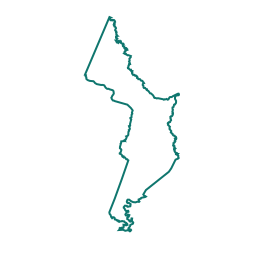 outline of Matupá, Mato Grosso, Brazil, rotated 288°
{"feature_id": "56859067B29352512721224", "entity_name": "Matupá", "entity_type": "district", "adm_level": 2, "iso_a3": "BRA", "parent_name": "Brazil", "parent_adm1": "Mato Grosso", "projection": "natural_earth1", "projection_center": [-54.414, -9.981], "detail": "fine", "context": "isolated", "style": "outline", "palette": "teal", "viewbox_px": 256, "rotation_deg": 288, "n_neighbors": 0, "source": "geoboundaries", "source_scale": "gbopen_adm2", "svg_char_len": 5884}
<svg xmlns="http://www.w3.org/2000/svg" viewBox="0 0 256 256"><g transform="rotate(288 128 128)"><path d="M165.2,70.6L165.2,71.7L163.9,71.8L163.4,72.7L162.1,73.1L161.6,73.5L161.1,75.1L161.0,77.0L161.8,80.7L161.5,81.4L160.6,82.7L160.1,84.7L160.6,89.1L161.2,90.8L161.2,92.3L159.5,94.2L158.9,95.7L158.8,96.1L159.3,97.5L159.1,98.4L159.2,101.8L158.6,102.8L156.5,103.8L155.3,103.7L153.9,103.1L152.9,103.1L151.7,102.8L150.5,103.7L149.5,105.2L149.7,106.2L149.5,107.2L150.0,120.2L147.9,124.6L146.2,127.0L143.8,127.0L142.9,127.7L141.9,127.3L139.2,128.0L138.2,127.1L137.6,127.5L137.2,128.4L132.4,128.7L131.1,129.3L130.5,129.2L130.4,128.6L130.1,128.3L128.1,129.9L127.6,130.0L127.1,130.0L126.3,129.4L125.6,129.9L124.5,129.6L121.5,130.4L120.4,130.0L119.5,128.9L119.1,129.5L118.6,129.6L116.3,129.4L116.0,128.9L115.6,128.7L115.0,129.1L115.1,128.4L114.8,128.0L114.3,128.3L113.2,125.7L111.4,126.1L110.7,125.8L110.3,126.1L107.5,126.2L106.2,126.6L105.9,127.6L105.1,128.5L102.5,128.5L101.4,127.9L101.0,128.1L100.9,129.6L99.8,131.4L99.3,131.3L98.9,131.8L99.0,132.4L99.4,132.7L98.7,133.2L99.1,133.8L99.0,134.3L97.8,135.9L98.0,137.0L97.6,137.3L97.3,138.3L77.8,137.9L56.6,137.2L42.2,136.3L41.6,136.5L40.5,137.2L40.0,138.2L38.1,139.6L37.3,140.8L37.7,141.1L38.3,140.7L38.7,142.1L38.3,143.1L37.0,143.7L37.1,145.4L36.7,145.8L37.0,146.3L37.0,148.0L36.6,148.3L36.1,148.0L36.0,148.6L36.7,149.1L36.9,150.1L37.7,151.1L37.7,151.9L38.0,153.3L37.4,153.9L37.2,155.7L36.9,156.1L36.3,156.1L36.4,157.0L35.7,157.4L35.4,156.7L34.9,156.4L34.8,155.8L35.2,155.3L34.6,154.8L34.8,154.4L34.6,153.6L32.7,154.4L31.9,154.5L31.4,154.0L31.4,153.2L30.9,153.1L30.9,152.6L30.4,151.7L30.5,151.2L30.2,151.0L28.9,151.3L28.2,151.0L29.7,154.8L29.4,157.1L30.8,159.6L30.7,160.6L30.3,161.7L30.6,162.1L31.9,162.5L32.3,162.0L32.1,160.0L32.3,159.5L32.8,159.4L35.0,160.3L36.4,160.1L38.6,162.3L39.7,162.2L40.7,160.7L41.5,160.2L43.2,159.9L43.1,159.3L41.2,159.4L39.9,159.7L39.7,159.3L39.7,158.4L40.9,157.0L41.2,155.4L42.5,155.0L43.9,156.1L45.6,156.2L45.7,154.7L44.6,154.4L44.2,153.4L44.2,152.9L45.0,152.2L48.2,153.0L48.2,154.0L48.5,154.3L48.9,154.1L49.3,153.8L48.5,151.7L49.4,150.3L50.3,149.7L50.8,148.6L51.4,148.4L53.2,149.1L53.6,151.0L53.0,151.6L53.0,152.2L53.8,153.4L54.1,154.2L54.4,154.4L56.4,154.0L57.1,151.8L56.5,151.2L56.6,150.5L57.1,149.9L57.7,149.6L59.2,149.6L59.7,149.8L60.2,151.3L59.3,153.7L59.1,155.8L59.6,158.1L60.9,159.8L61.1,161.3L61.6,161.6L62.1,161.0L63.3,160.2L64.5,161.5L64.6,161.9L65.5,162.1L66.0,162.7L67.6,165.6L68.3,166.2L68.6,165.2L68.4,164.7L69.5,163.1L74.5,164.2L99.0,180.4L103.0,181.6L112.6,183.0L114.5,185.2L115.0,185.4L115.1,185.0L117.2,184.4L117.5,183.4L117.8,183.6L118.2,183.0L118.6,183.2L118.4,182.6L118.8,181.9L118.4,182.1L118.1,181.6L119.0,181.3L119.3,181.5L119.3,180.7L119.9,179.9L120.4,179.4L121.2,179.4L122.1,178.9L121.9,178.4L122.4,178.3L122.5,179.1L123.0,179.3L123.0,178.6L123.2,178.2L123.7,178.6L124.8,177.6L125.2,177.7L125.4,177.3L125.2,176.9L125.6,176.8L125.6,176.3L127.2,176.2L127.6,175.9L128.4,176.6L129.0,176.5L129.3,176.9L130.1,176.5L130.4,177.0L131.5,176.4L131.9,176.8L132.2,176.4L132.5,177.2L132.9,177.2L133.7,176.2L134.0,176.6L134.4,176.3L134.7,175.2L134.6,174.8L135.1,174.5L135.0,173.3L135.8,172.2L136.2,172.2L137.0,170.1L138.4,170.1L139.9,167.8L140.3,167.9L141.0,167.4L142.1,167.5L143.3,165.1L143.7,165.2L144.5,164.5L145.0,164.8L145.3,164.5L146.1,165.0L146.1,165.5L146.7,166.2L147.6,166.1L148.6,166.6L149.6,166.1L149.9,165.5L150.5,165.5L151.6,164.8L152.5,165.3L152.6,165.9L153.0,166.2L153.7,166.4L154.2,166.2L154.6,166.5L155.8,166.3L156.2,166.1L156.1,165.6L157.1,165.5L157.4,165.1L159.2,165.1L159.7,164.5L161.3,164.0L162.1,164.8L164.4,164.6L164.8,164.9L164.9,165.4L166.7,165.9L168.6,165.4L170.2,163.7L171.8,163.2L173.7,163.6L174.8,166.0L175.3,166.2L175.9,166.0L176.3,165.5L175.9,164.7L172.2,160.9L171.3,160.3L170.7,159.5L170.5,158.5L169.8,158.0L167.7,157.6L167.2,157.0L167.6,155.8L166.9,155.0L166.6,153.9L166.0,153.4L166.2,152.6L165.6,147.3L165.0,146.2L165.1,144.7L164.8,143.9L165.0,143.5L165.9,142.8L166.9,141.6L168.0,139.2L167.8,138.3L169.5,136.0L169.8,134.6L170.5,134.2L170.2,133.8L170.7,133.4L171.0,132.3L171.4,131.9L171.0,130.8L171.4,130.2L172.9,129.6L173.4,128.7L174.3,128.5L175.4,128.8L175.6,129.3L176.2,128.7L176.3,128.2L177.3,127.1L177.1,125.8L178.1,124.4L177.7,122.9L178.1,122.8L178.3,121.4L178.7,121.5L178.9,121.1L179.2,121.2L179.6,121.0L179.7,120.3L180.1,120.1L179.9,118.9L180.3,118.8L180.1,118.2L180.5,117.6L180.5,116.9L180.0,116.5L181.0,115.1L182.2,114.5L182.6,114.8L183.0,113.8L183.4,114.0L183.3,113.5L184.3,112.9L183.9,112.1L184.4,111.3L184.8,109.5L185.5,109.2L186.0,109.6L187.5,109.2L188.1,109.5L188.5,109.3L188.8,109.4L189.4,110.3L190.1,109.8L190.0,109.2L190.9,109.2L191.7,108.4L192.5,108.8L194.3,107.9L196.1,108.7L196.5,108.4L197.3,108.5L197.4,105.8L196.7,104.5L197.0,104.8L197.3,104.2L197.4,103.4L197.9,103.1L197.5,102.2L197.8,101.1L198.7,101.6L199.5,101.2L200.2,101.8L200.6,101.5L201.0,101.6L202.0,103.1L202.3,102.7L202.2,102.1L202.5,101.6L203.0,101.6L203.2,102.1L203.5,101.6L203.3,100.7L202.4,100.5L202.7,99.9L203.3,99.7L203.7,99.3L204.5,99.2L204.2,98.0L204.5,97.7L204.9,97.7L205.6,97.2L206.4,97.9L206.7,97.5L206.3,97.0L206.6,96.6L206.6,95.3L206.8,94.8L207.2,95.0L208.3,94.4L208.2,93.9L208.4,93.5L207.3,93.0L207.7,92.7L207.8,92.2L206.1,92.4L206.5,91.1L206.0,91.0L206.2,90.6L206.6,90.4L207.3,89.5L207.4,90.0L207.8,89.8L208.2,90.1L209.5,89.6L209.8,90.0L210.3,89.2L210.2,88.7L210.8,88.5L210.9,89.0L211.8,88.7L212.3,89.5L212.5,88.8L212.9,88.7L212.9,88.3L213.3,88.0L213.8,88.0L215.2,87.1L215.5,87.5L216.3,87.0L216.4,86.4L217.1,85.5L218.1,85.5L219.1,85.8L219.6,85.5L220.4,84.4L220.3,83.8L221.5,82.7L221.7,83.0L222.4,82.7L222.4,83.3L222.9,83.2L223.0,82.6L223.5,82.4L224.9,83.0L225.7,82.4L226.3,81.6L226.1,80.0L226.0,79.3L225.7,79.0L225.4,79.4L225.1,78.1L226.2,77.0L226.8,77.1L227.0,76.8L227.4,76.8L227.7,77.2L227.8,76.1L165.2,70.6Z" fill="none" stroke="#0f766e" stroke-width="2"/></g></svg>